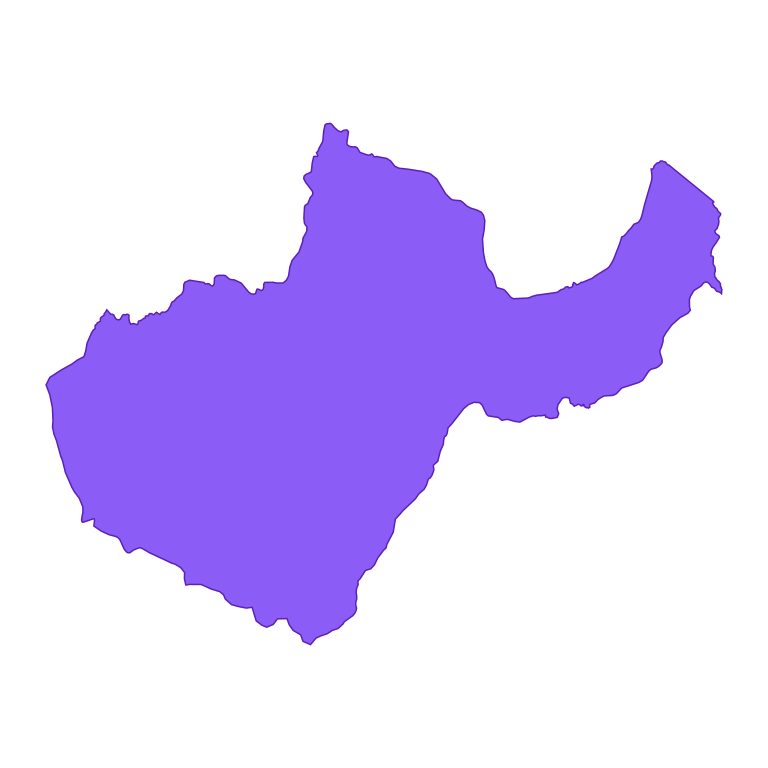 outline of Ta Oi, Saravan, Laos
{"feature_id": "54806243B63439547813391", "entity_name": "Ta Oi", "entity_type": "district", "adm_level": 2, "iso_a3": "LAO", "parent_name": "Laos", "parent_adm1": "Saravan", "projection": "natural_earth1", "projection_center": [106.796, 16.077], "detail": "fine", "context": "isolated", "style": "filled", "palette": "violet", "viewbox_px": 768, "rotation_deg": 0, "n_neighbors": 0, "source": "geoboundaries", "source_scale": "gbopen_adm2", "svg_char_len": 6095}
<svg xmlns="http://www.w3.org/2000/svg" viewBox="0 0 768 768"><path d="M721.5,293.7L721.9,289.5L721.3,288.7L721.4,288.1L720.4,285.7L720.5,284.0L719.3,281.9L716.9,279.8L715.6,277.5L714.9,277.0L714.5,273.9L715.2,271.2L715.2,268.9L714.8,266.8L713.4,264.7L713.1,263.4L713.4,257.4L712.7,256.3L711.2,255.9L710.9,254.9L711.4,250.8L712.8,247.4L716.4,242.4L719.5,237.3L719.0,235.8L715.8,233.6L714.8,231.5L715.1,230.5L717.2,228.4L717.6,226.6L718.5,224.8L718.9,221.5L718.5,218.0L720.6,214.8L720.5,213.5L718.2,211.3L716.8,208.6L714.7,207.0L712.9,204.0L712.6,202.8L712.8,202.4L713.6,202.3L713.6,201.5L668.8,165.0L667.5,164.8L665.6,162.1L663.0,161.4L662.4,161.0L660.4,161.0L659.5,162.4L657.0,163.1L654.9,165.0L653.9,166.4L653.8,167.6L652.6,169.1L651.2,169.0L652.0,176.1L651.7,180.1L644.6,204.5L641.9,215.6L640.7,219.0L638.4,222.4L633.8,224.3L631.3,227.8L628.1,231.1L626.4,233.5L623.6,236.3L621.8,236.9L619.5,244.2L614.0,258.3L612.4,261.7L609.3,266.8L607.3,268.5L595.0,276.1L592.3,278.2L582.4,282.4L581.2,282.3L580.1,283.3L577.0,284.9L574.5,282.8L573.5,282.6L573.2,284.0L572.7,284.6L572.7,286.4L571.7,287.1L568.8,287.9L567.8,286.6L565.6,287.1L563.3,289.1L561.1,289.6L557.1,292.4L536.6,295.2L531.5,296.6L529.6,297.7L527.1,298.1L513.2,298.7L510.6,297.1L505.4,290.9L503.7,289.5L496.9,287.6L496.2,286.2L494.2,278.2L492.8,274.4L490.9,271.5L489.0,269.9L486.8,266.7L485.0,261.0L483.4,252.4L482.5,239.1L484.2,229.6L484.8,220.5L483.4,215.1L481.3,212.2L477.0,210.1L470.7,208.1L466.9,206.1L462.8,202.3L460.4,200.7L452.9,200.0L450.9,199.0L445.6,193.8L436.8,179.1L430.7,174.1L428.8,173.2L421.7,171.3L408.1,169.2L399.0,168.2L394.8,166.3L390.8,161.1L386.9,158.5L376.7,156.5L375.0,156.9L373.8,156.5L372.8,154.8L371.7,153.9L369.9,154.9L368.4,155.1L366.8,154.8L360.0,152.4L357.3,147.9L355.5,146.9L351.5,146.8L349.3,146.3L347.3,144.8L346.8,143.0L348.5,132.0L347.8,130.8L346.9,129.9L343.6,130.3L341.2,131.8L339.3,131.3L337.7,130.5L334.3,127.4L331.5,124.0L330.0,123.4L327.0,123.8L325.3,124.5L324.9,125.5L323.7,131.1L322.8,141.3L319.0,148.3L318.0,151.1L316.5,152.7L317.8,155.7L317.2,156.6L315.2,156.3L313.7,156.6L312.2,163.2L311.3,171.7L309.2,173.0L306.2,174.2L304.2,175.9L303.7,178.6L305.7,182.5L312.1,190.8L312.9,193.0L312.3,195.2L310.3,197.5L307.8,203.6L305.2,205.3L304.5,206.7L303.9,218.1L304.4,223.1L305.4,225.0L306.9,226.6L306.9,229.3L306.5,231.8L303.1,237.9L302.5,242.0L299.0,252.0L292.1,260.4L289.9,266.9L288.5,276.2L286.3,280.3L283.1,283.0L276.2,283.0L273.1,282.3L264.8,282.4L263.8,283.9L263.6,287.8L263.1,289.5L261.3,290.6L258.0,289.0L256.9,289.3L255.5,293.6L254.0,294.1L251.4,294.0L248.8,292.2L241.1,283.0L234.4,279.9L230.5,279.5L228.9,278.7L225.4,275.6L223.6,275.3L218.1,275.4L216.4,275.9L214.5,277.8L214.2,283.6L213.4,285.2L212.6,286.0L211.1,285.6L209.4,284.0L208.0,283.6L205.9,284.0L204.7,283.4L204.0,282.5L189.6,280.2L184.8,282.3L183.8,284.5L183.5,290.7L181.8,294.1L177.0,297.7L173.9,301.2L172.3,301.8L171.2,303.5L170.8,305.4L168.1,309.9L166.9,311.1L165.1,312.2L162.1,312.1L161.2,312.7L159.8,314.5L156.4,312.3L153.9,314.6L153.2,314.7L151.6,313.6L149.5,313.6L148.0,315.8L145.5,316.1L145.1,318.0L143.6,318.5L141.3,320.3L138.6,321.1L138.3,321.7L138.1,323.4L137.5,324.6L137.0,324.6L133.4,323.5L130.6,324.1L129.4,321.6L128.9,318.7L129.0,315.2L128.2,314.5L126.9,314.2L125.7,314.8L123.3,314.6L122.3,315.7L120.4,319.1L119.0,319.8L117.4,319.7L115.6,318.6L113.7,315.0L112.3,314.2L110.7,314.2L106.8,309.8L105.4,312.4L104.2,313.7L103.9,315.5L101.6,316.9L100.4,318.2L100.3,321.4L97.3,322.8L96.6,324.5L95.5,324.9L95.0,326.1L95.3,328.4L93.2,330.1L91.4,333.2L87.1,343.1L85.8,350.5L84.0,356.6L77.4,360.0L72.0,364.0L61.2,370.0L49.8,377.4L46.1,384.9L49.8,394.8L52.4,407.5L53.0,421.1L52.5,426.9L54.0,434.2L56.4,440.4L60.8,456.4L62.5,460.6L65.4,472.4L71.8,487.2L74.6,492.1L79.2,498.1L82.9,507.0L82.9,511.9L81.6,519.3L81.8,521.1L82.4,522.2L84.3,521.9L93.3,518.8L94.3,518.9L94.5,520.0L93.9,526.1L101.1,531.0L108.8,534.6L115.8,536.5L117.9,537.5L119.9,539.7L124.1,548.9L125.1,550.4L127.3,552.6L129.8,552.8L133.6,550.0L138.2,548.1L140.2,547.7L143.0,548.9L149.4,552.7L171.8,563.2L174.7,564.0L180.7,567.6L184.6,572.5L184.4,578.7L185.8,585.0L190.0,584.4L201.2,584.5L211.4,589.1L219.9,591.7L223.6,594.9L225.3,599.1L231.5,604.6L238.7,606.6L246.4,608.1L252.1,607.3L256.2,620.9L261.9,625.2L266.7,627.2L273.3,624.4L277.4,618.9L287.0,618.6L289.1,624.5L293.1,630.4L300.7,634.8L303.0,641.4L310.5,644.6L316.1,638.0L321.3,635.7L327.1,633.8L332.3,630.4L338.1,628.5L343.1,623.9L344.4,621.7L352.6,615.8L354.6,613.6L356.0,610.8L356.6,608.3L355.7,604.8L355.9,601.6L356.7,599.0L356.7,596.3L356.1,592.2L356.6,588.5L358.2,584.4L357.8,582.2L358.3,580.6L360.4,578.4L365.5,570.4L370.8,568.8L374.4,564.9L377.8,557.9L383.3,550.6L386.1,547.8L386.9,544.3L393.2,532.3L395.4,519.1L401.2,512.8L402.5,511.1L415.5,498.7L418.8,493.9L424.1,489.3L426.3,485.4L428.4,479.1L430.3,477.8L432.1,475.0L433.8,470.3L433.8,468.5L433.3,465.9L433.7,464.9L437.8,461.2L440.3,451.2L443.3,444.5L443.7,439.9L444.5,436.8L446.3,435.5L447.3,432.6L448.1,427.7L451.5,424.2L463.7,408.6L468.8,404.4L474.2,402.3L479.6,402.7L482.0,404.9L486.5,414.2L488.3,415.9L498.2,417.4L501.8,420.3L507.3,419.3L514.9,421.4L519.9,422.1L529.4,417.0L533.2,415.8L535.4,416.3L538.5,415.7L540.7,415.8L545.3,415.2L545.7,417.1L546.7,417.0L549.2,418.3L551.5,418.5L557.2,417.4L558.7,413.7L557.1,409.0L557.9,404.9L562.2,398.4L564.2,397.5L566.6,397.5L569.2,398.1L570.5,403.2L572.6,404.2L574.2,406.2L578.1,404.4L579.8,404.6L580.8,405.8L582.0,405.9L583.1,404.4L583.7,404.6L584.0,405.1L583.8,405.8L584.6,406.7L586.5,407.8L587.2,407.6L588.4,408.1L589.8,407.3L589.7,404.9L590.4,404.2L594.7,403.0L598.0,399.5L601.4,397.3L604.3,395.9L611.9,395.5L614.2,394.9L616.5,393.6L621.7,388.0L638.8,382.5L642.6,380.3L648.8,371.1L651.0,369.2L656.1,367.9L658.5,366.5L661.0,364.2L662.1,362.7L662.1,359.8L659.8,352.1L660.2,349.6L661.4,347.2L663.0,341.6L663.2,337.6L666.3,332.3L671.9,324.8L680.0,317.6L687.8,313.3L690.3,310.3L689.5,306.8L689.4,299.5L690.5,296.2L693.9,290.6L701.2,285.9L703.6,282.9L705.7,282.0L707.3,282.2L709.4,283.8L711.8,287.2L714.4,288.2L716.6,291.2L719.8,292.2L721.5,293.7Z" fill="#8b5cf6" stroke="#5b21b6" stroke-width="1.5"/></svg>